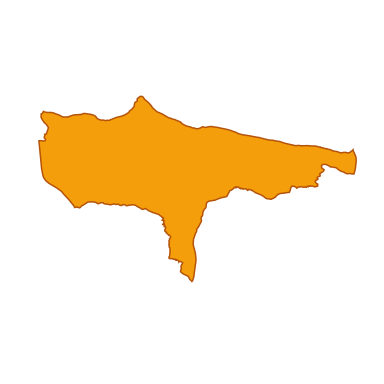 Xayabury, Xaignabouri, Laos, rotated 277°
{"feature_id": "54806243B33263536107657", "entity_name": "Xayabury", "entity_type": "district", "adm_level": 2, "iso_a3": "LAO", "parent_name": "Laos", "parent_adm1": "Xaignabouri", "projection": "equal_earth", "projection_center": [101.662, 19.251], "detail": "fine", "context": "isolated", "style": "filled", "palette": "amber", "viewbox_px": 384, "rotation_deg": 277, "n_neighbors": 0, "source": "geoboundaries", "source_scale": "gbopen_adm2", "svg_char_len": 6074}
<svg xmlns="http://www.w3.org/2000/svg" viewBox="0 0 384 384"><g transform="rotate(277 192 192)"><path d="M224.2,33.8L196.8,39.9L189.7,42.2L187.6,43.5L185.4,45.5L183.1,49.1L179.5,57.4L178.0,59.9L177.6,61.0L176.3,62.8L173.6,65.7L169.6,70.5L164.1,76.2L162.3,77.5L163.0,79.2L163.0,80.0L162.6,81.9L162.7,82.6L165.1,84.5L165.4,85.2L169.3,89.9L169.5,90.8L170.0,93.8L170.1,97.2L168.9,100.1L169.1,101.1L169.6,101.4L170.2,102.8L170.5,104.9L170.3,105.3L169.8,105.9L169.5,107.4L169.6,110.3L169.3,112.5L170.6,115.9L170.6,117.3L170.3,118.4L170.7,119.2L170.9,119.7L170.9,120.6L170.3,121.3L170.1,122.0L170.0,123.2L170.0,123.9L171.0,124.7L171.2,125.7L171.0,127.5L170.4,128.4L170.4,128.8L170.7,130.1L171.3,130.9L171.6,133.2L172.2,134.8L171.9,137.5L170.3,140.9L169.9,142.5L169.1,143.5L168.8,144.6L168.8,145.6L169.5,147.1L169.9,147.5L169.9,147.9L168.4,150.8L167.6,153.1L166.9,155.4L165.9,160.7L165.4,162.3L164.5,163.4L164.0,164.8L163.2,165.3L162.9,166.7L162.8,166.9L161.8,166.4L161.0,166.8L160.4,165.8L160.3,166.0L160.2,167.7L159.1,167.6L158.7,167.8L157.6,167.7L157.1,168.2L156.8,168.0L156.4,166.8L156.2,166.8L156.3,168.0L155.7,169.1L155.4,169.1L155.0,168.5L154.3,168.6L154.2,168.7L154.4,169.4L153.7,170.2L153.5,170.3L150.7,169.6L150.1,169.8L149.7,170.1L149.6,170.9L149.4,171.1L148.8,171.1L148.2,171.4L148.0,172.3L146.5,173.8L146.2,174.3L146.4,174.9L146.1,175.3L144.6,176.4L143.4,175.8L142.8,175.4L141.8,175.5L141.3,175.2L140.3,175.1L138.7,175.7L138.4,175.5L137.4,175.4L136.9,175.9L136.1,175.7L135.5,176.0L134.5,176.1L133.8,176.9L132.1,177.1L130.7,177.5L129.1,177.4L127.0,177.7L124.9,177.4L124.7,177.1L124.2,177.3L123.4,177.3L123.1,178.2L123.4,179.6L123.4,180.4L123.1,181.2L123.2,183.4L122.5,183.9L122.5,184.1L123.0,184.5L122.8,184.8L122.3,184.9L122.5,185.7L122.3,186.7L122.0,187.1L120.8,187.5L121.6,188.0L121.7,188.6L121.1,190.8L120.7,191.3L120.2,191.4L118.7,190.6L116.7,190.1L114.3,190.8L112.3,190.2L111.5,190.4L111.0,190.9L110.1,192.4L109.4,193.8L108.0,198.2L107.3,198.9L105.2,200.3L103.2,202.8L103.9,203.3L104.9,203.6L108.6,204.2L110.6,204.1L124.2,204.3L126.5,204.0L131.3,202.9L135.9,201.2L137.9,200.3L140.5,199.5L143.8,199.3L145.5,199.3L150.7,200.4L152.0,200.7L153.0,201.3L155.7,201.3L158.2,202.7L163.0,204.5L164.4,204.9L167.3,204.1L168.6,204.5L169.5,205.2L170.3,205.4L172.7,205.2L176.0,206.1L178.0,207.6L179.7,207.8L181.1,207.7L183.0,207.8L184.9,209.7L186.7,215.8L188.1,218.2L190.0,222.0L191.3,226.0L192.0,227.2L198.0,229.4L198.6,230.7L199.8,232.1L201.5,233.4L201.5,234.0L201.8,234.3L201.5,234.9L201.6,235.1L202.4,234.8L202.6,235.1L202.4,236.3L202.6,237.4L202.1,237.7L201.9,238.5L201.6,238.8L201.8,239.9L201.2,239.9L201.5,241.6L201.3,241.8L201.2,242.2L201.4,242.3L201.2,242.7L201.5,243.4L201.5,244.2L201.6,244.9L201.5,245.7L201.1,246.2L200.4,246.7L200.9,247.3L200.9,247.8L201.4,247.9L201.3,250.3L200.7,251.4L200.8,251.8L199.1,255.0L197.5,260.9L196.1,264.0L194.6,266.4L194.4,271.5L196.8,275.1L199.6,277.1L201.2,279.6L202.1,283.4L203.6,288.7L206.0,289.4L207.7,289.3L210.1,290.6L209.9,293.6L209.3,294.7L208.6,295.4L208.6,295.7L209.2,295.7L209.9,296.9L210.0,298.0L210.7,299.9L210.5,300.2L210.3,302.1L210.4,302.7L210.8,303.4L210.5,304.7L210.6,305.0L210.9,305.2L211.7,305.7L211.7,306.1L211.4,306.7L212.0,306.9L212.2,307.2L212.0,307.4L212.0,307.9L212.1,308.4L212.5,309.1L212.3,309.5L212.6,310.9L212.0,313.1L212.2,313.4L212.6,314.9L213.0,315.8L213.8,315.5L214.2,316.0L215.1,315.9L215.7,314.6L216.6,313.3L217.8,313.2L218.0,313.0L218.6,313.4L219.2,314.6L219.8,315.3L220.4,315.4L221.2,314.4L222.0,314.7L222.8,315.8L223.1,316.8L223.6,317.3L225.7,316.6L227.5,318.7L228.8,320.0L230.2,320.4L231.7,317.8L234.1,317.3L235.4,318.7L235.7,321.6L234.7,324.7L233.7,326.5L233.9,328.0L233.6,332.2L232.0,334.7L231.0,336.6L230.2,340.3L229.2,342.6L229.0,344.2L229.5,345.6L229.5,349.6L229.7,350.6L235.2,351.3L242.9,351.2L245.7,350.7L246.9,350.3L249.2,349.1L252.0,347.3L253.6,346.7L252.4,346.0L251.6,344.7L250.7,344.2L249.9,342.7L249.8,342.0L250.0,339.9L249.9,337.9L249.2,336.4L249.1,333.8L249.6,332.0L249.8,330.9L249.8,328.6L250.1,327.0L250.0,326.6L250.9,324.2L251.0,321.7L251.3,321.0L251.4,319.7L251.3,318.2L251.6,317.7L251.8,316.7L251.7,316.1L251.9,314.8L251.8,314.3L251.9,313.8L252.2,313.8L252.1,313.5L252.6,309.9L252.6,307.8L252.2,305.3L252.2,302.4L251.9,299.2L251.7,298.6L251.4,296.1L251.2,295.6L251.2,291.9L250.6,289.3L251.3,281.8L251.8,277.6L252.9,272.4L252.8,269.8L253.2,265.7L253.0,262.8L253.1,261.0L253.5,257.2L254.3,251.6L254.3,249.1L254.8,242.2L255.0,234.9L255.7,230.4L255.9,229.8L256.3,229.3L257.9,222.4L258.5,218.2L258.9,212.7L259.2,210.3L259.3,207.0L259.2,206.2L259.4,203.2L258.7,200.0L257.8,197.9L257.7,197.1L258.0,195.1L258.0,194.3L256.6,192.6L255.8,190.8L255.4,189.6L255.3,188.0L255.9,186.8L255.6,185.5L255.7,184.9L256.5,181.9L256.6,179.6L257.3,177.0L258.5,174.0L258.6,173.6L259.5,172.9L260.2,171.7L261.0,168.9L261.4,167.1L261.9,165.9L261.9,164.4L262.1,163.4L262.7,161.6L262.7,160.1L264.6,155.6L265.0,154.9L265.3,153.6L265.6,153.4L265.9,152.6L266.0,151.9L266.7,150.2L267.2,148.0L267.8,146.8L270.5,143.0L271.4,142.0L272.7,141.1L273.0,140.6L274.6,138.9L275.9,137.3L278.2,133.6L279.9,132.3L280.3,131.8L280.7,130.8L280.8,129.7L280.3,128.6L278.2,126.5L277.0,126.2L276.1,126.6L275.8,126.6L275.0,126.0L274.3,124.8L273.4,124.3L269.7,124.1L266.6,122.0L264.8,120.1L264.3,120.1L262.8,119.0L260.3,115.9L259.2,113.7L258.6,112.8L258.1,111.2L256.8,107.8L253.9,102.5L252.9,100.9L252.9,99.2L252.3,97.4L252.6,95.2L252.3,93.8L252.5,91.5L252.9,90.0L253.7,88.6L254.9,87.6L255.6,86.7L256.3,84.9L256.6,82.4L256.8,82.2L256.9,81.8L256.7,81.3L256.9,76.0L256.6,75.0L256.6,74.3L256.2,73.8L255.7,73.4L255.3,72.5L255.3,72.2L255.5,72.0L254.9,69.9L254.5,67.0L254.0,65.2L251.9,60.5L251.4,60.1L250.8,55.4L250.8,54.7L251.1,53.4L252.2,50.9L253.1,46.6L253.6,45.1L253.8,43.1L253.4,39.3L253.3,37.9L253.5,35.9L253.9,34.7L251.7,33.9L251.0,32.7L249.9,33.0L248.4,33.0L247.5,33.2L246.3,34.0L242.9,36.9L241.1,39.6L240.7,39.7L238.5,41.6L236.7,41.4L232.9,40.5L232.0,40.5L231.3,38.7L230.4,39.1L228.9,38.7L227.8,38.7L227.2,39.6L226.5,40.2L225.2,40.1L224.5,38.7L224.6,36.5L224.2,33.8Z" fill="#f59e0b" stroke="#b45309" stroke-width="1.5"/></g></svg>